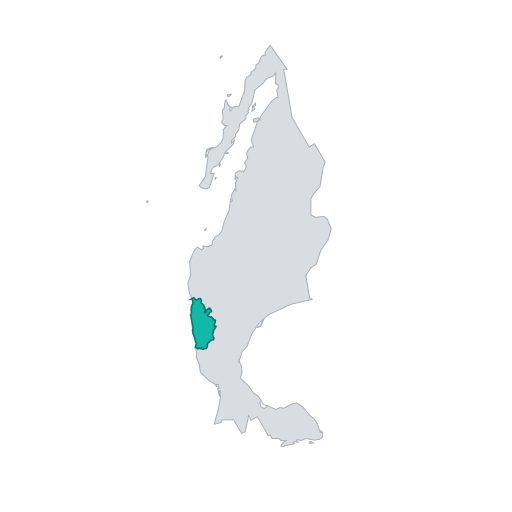 Guerrero on a map of Mexico (Mercator projection), rotated 60°
{"feature_id": "MEX-2729", "entity_name": "Guerrero", "entity_type": "State", "adm_level": 1, "iso_a3": "MEX", "parent_name": "Mexico", "parent_adm1": "", "projection": "mercator", "projection_center": [-99.836, 17.594], "detail": "fine", "context": "in_parent", "style": "filled", "palette": "teal", "viewbox_px": 512, "rotation_deg": 60, "n_neighbors": 0, "source": "natural_earth", "source_scale": "10m", "svg_char_len": 8711}
<svg xmlns="http://www.w3.org/2000/svg" viewBox="0 0 512 512"><g transform="rotate(60 256 256)"><path d="M80.6,138.4L109.6,135.7L108.3,138.7L154.0,155.5L188.1,155.5L188.1,149.1L209.3,149.2L213.0,153.7L227.8,165.9L231.4,176.1L234.1,180.0L247.8,187.9L252.3,185.0L255.6,177.5L259.8,175.9L269.8,177.2L278.0,185.4L283.6,197.2L293.1,207.8L293.7,214.5L297.9,222.7L318.8,230.4L321.5,229.2L315.2,250.2L313.1,274.9L314.1,280.1L319.5,287.2L318.4,291.0L318.7,287.2L314.2,281.2L315.6,286.7L321.0,298.1L329.8,309.0L331.9,315.8L338.0,322.6L336.3,322.4L339.8,324.1L338.7,323.1L345.2,324.0L349.8,326.3L353.9,330.7L364.9,327.4L372.9,326.9L378.3,324.3L383.9,323.8L385.0,324.8L384.6,326.1L389.2,327.1L392.3,324.9L391.5,321.4L390.0,322.3L390.4,321.5L398.8,315.6L399.3,310.8L401.8,308.0L401.8,300.2L403.4,294.4L409.9,290.9L421.2,289.1L426.2,287.1L431.7,286.7L440.8,288.7L441.6,287.4L439.2,287.3L442.3,286.4L446.0,289.0L446.6,292.5L444.7,297.2L438.8,304.4L438.5,309.1L435.6,312.0L436.1,313.1L438.7,312.7L435.9,315.6L435.9,316.9L437.8,316.5L434.2,328.3L433.2,329.4L431.3,326.7L430.9,322.3L428.2,326.9L425.5,327.2L422.1,333.3L418.1,333.2L417.8,335.2L395.8,335.2L395.7,342.3L390.7,342.3L402.7,353.2L402.3,357.2L386.7,357.2L381.1,367.1L382.7,369.7L380.7,376.3L369.5,365.0L360.5,357.4L354.9,354.5L354.3,355.2L359.4,357.8L351.5,355.5L352.0,353.7L349.9,354.5L348.6,352.8L347.2,354.6L349.8,355.4L345.8,355.9L341.8,358.4L329.2,362.4L321.1,359.2L314.2,358.5L309.6,355.5L305.0,354.2L302.0,351.4L290.9,349.0L276.9,343.0L267.8,337.3L264.0,333.4L254.6,332.1L245.6,328.7L240.0,322.3L227.6,316.2L221.0,307.7L218.8,302.4L223.7,299.9L222.9,297.7L220.7,297.0L224.0,292.9L224.3,288.1L221.6,286.5L219.0,281.7L219.1,277.3L217.3,273.3L209.9,265.9L203.5,256.9L193.5,249.1L196.4,250.6L196.6,248.9L191.3,247.2L187.3,241.0L190.1,241.2L182.3,237.0L181.2,234.9L178.3,235.7L177.8,234.7L180.0,232.3L176.3,234.2L174.0,232.4L173.5,228.3L176.2,224.6L177.2,225.3L175.3,221.5L172.8,219.2L169.5,219.3L167.2,214.2L163.2,213.1L160.8,210.9L159.1,206.4L160.2,203.5L153.0,202.1L140.5,187.7L139.8,184.2L137.9,183.1L129.7,165.0L129.0,159.4L129.8,157.6L122.9,155.2L121.2,152.2L119.0,151.2L116.5,152.9L107.1,147.4L108.8,151.0L107.7,157.9L109.9,163.4L111.7,173.8L121.3,182.9L124.4,189.0L125.8,188.7L126.5,190.5L127.9,190.7L129.3,194.7L132.0,195.9L133.6,204.0L138.5,208.2L140.1,212.7L142.4,214.2L144.1,219.6L146.1,220.9L144.9,216.9L147.6,219.2L151.0,231.5L154.1,235.1L158.3,243.8L157.7,247.5L158.6,250.8L162.1,254.0L163.4,250.8L173.5,262.2L172.6,266.4L168.7,269.5L166.5,269.9L162.2,260.5L146.3,248.0L144.8,248.2L141.6,244.2L140.9,241.5L141.8,235.6L140.4,229.9L137.9,225.9L130.1,220.9L128.5,216.0L127.1,218.1L123.2,219.0L120.3,215.7L113.0,212.3L111.8,209.4L106.4,205.3L105.8,203.8L111.5,204.6L114.7,203.4L114.7,204.7L117.5,206.1L116.4,202.8L115.1,202.6L117.8,195.8L107.0,183.1L98.2,177.5L96.5,174.6L96.5,169.9L94.3,168.3L93.5,162.8L90.7,160.5L90.2,157.2L86.2,152.1L85.5,149.7L86.7,148.1L84.0,146.0L80.6,138.4ZM140.0,187.9L139.1,191.1L136.3,190.0L137.3,185.1L139.0,184.6L140.0,187.9ZM128.5,187.2L124.4,183.7L123.3,180.0L125.4,181.2L125.9,183.3L128.0,183.8L128.5,187.2ZM444.6,303.5L443.6,302.4L444.1,301.1L446.7,299.9L444.6,303.5ZM141.8,248.1L138.9,244.9L140.5,238.3L140.1,244.2L141.8,248.1ZM104.2,200.7L102.0,200.2L103.5,196.6L104.5,199.3L104.2,200.7ZM67.2,188.7L65.3,186.4L65.7,185.4L66.4,185.4L67.2,188.7ZM144.2,248.2L145.9,250.8L142.3,248.3L144.2,248.2ZM208.7,286.6L208.4,287.6L207.5,287.2L207.1,285.5L208.7,286.6ZM159.4,241.5L160.1,243.5L158.1,241.0L159.4,241.5ZM152.3,228.2L153.4,229.1L151.8,230.9L152.3,228.2ZM155.5,323.4L154.8,323.7L153.7,322.9L154.6,321.9L155.5,323.4ZM387.7,323.8L385.8,324.3L389.2,323.2L387.7,323.8ZM169.1,252.9L168.0,252.7L167.9,250.8L169.1,252.9Z" fill="#d9dde1" stroke="#a8b0b8" stroke-width="1"/><path d="M304.6,354.1L304.4,354.0L304.4,353.9L304.2,353.5L303.8,353.2L302.8,352.3L302.4,351.6L302.0,351.3L302.0,351.2L301.9,351.1L301.7,351.1L301.4,351.1L301.2,351.2L301.0,351.3L300.9,351.4L300.5,351.3L300.3,351.4L299.8,351.2L297.4,350.4L295.5,349.9L294.7,349.7L293.2,349.5L292.5,349.4L291.9,349.5L291.5,349.4L291.2,349.3L290.9,349.2L290.2,348.9L289.6,348.4L289.3,348.1L289.2,348.2L288.8,348.1L289.1,348.1L289.0,347.9L288.9,347.9L288.7,347.9L288.7,347.7L288.8,347.6L288.8,347.4L288.7,347.3L288.4,347.4L288.2,347.4L288.3,347.5L288.2,347.7L288.0,347.3L287.9,347.3L287.7,347.0L287.6,346.9L287.2,346.6L286.3,346.3L285.7,346.2L284.3,345.6L283.3,345.2L280.3,344.2L279.3,343.8L278.5,343.6L277.7,343.2L277.1,343.0L276.3,342.8L275.6,342.5L275.0,342.3L274.6,342.1L274.4,342.2L274.4,341.9L274.4,341.7L273.8,341.1L273.0,340.6L272.9,340.3L271.9,339.7L270.9,339.4L270.3,339.1L269.6,338.9L269.6,338.7L269.8,338.5L269.7,338.3L269.5,338.1L269.1,337.7L268.7,337.7L268.4,337.8L268.3,337.6L268.2,337.6L267.9,337.5L267.8,337.2L267.7,337.2L267.3,337.1L267.3,336.6L267.0,336.1L266.7,335.9L266.1,335.5L266.0,335.2L265.8,335.0L265.7,334.8L265.3,334.2L264.6,333.9L263.8,333.5L263.1,333.2L262.6,333.0L261.8,333.1L261.7,333.3L261.4,333.5L261.0,333.9L261.1,333.5L261.2,333.4L261.2,333.2L260.9,332.8L260.9,332.6L260.9,331.9L260.9,331.5L261.0,331.1L261.0,330.9L261.2,330.7L261.3,330.6L261.5,330.5L262.0,330.5L262.3,330.4L262.6,330.3L262.9,330.4L263.1,330.3L263.3,330.2L263.6,330.3L263.8,330.2L264.0,329.9L264.4,329.4L264.5,329.1L264.5,328.8L264.4,327.9L264.3,327.0L264.5,326.2L265.0,325.5L265.4,325.4L265.9,325.4L267.1,325.5L267.3,325.5L267.5,325.6L267.7,325.9L267.8,326.1L267.9,326.3L268.1,326.4L268.3,326.6L268.6,326.7L268.9,326.8L269.1,326.8L269.8,326.7L271.0,326.3L271.7,326.2L272.0,326.0L273.9,326.1L274.5,326.0L274.8,326.0L275.1,326.1L275.1,326.4L275.1,326.5L275.3,326.4L275.5,326.5L275.6,326.9L276.0,326.8L276.1,326.7L277.3,326.5L277.8,327.1L278.0,327.2L278.2,327.3L278.4,327.4L278.4,327.2L278.5,327.1L278.7,327.3L278.8,327.6L278.6,327.8L278.4,328.1L278.5,328.3L278.8,328.7L279.2,328.3L279.3,328.3L279.5,328.6L279.8,328.0L279.9,327.8L279.8,327.6L279.2,327.1L278.5,326.6L278.3,326.4L278.2,326.2L278.1,325.9L278.1,325.6L278.1,325.3L278.1,325.0L278.0,324.8L277.9,324.5L277.8,324.2L278.1,323.8L278.1,323.5L278.0,323.3L277.8,323.1L277.6,322.9L277.6,322.7L277.8,322.5L277.9,322.3L278.1,322.1L278.3,322.0L278.5,322.0L278.8,322.5L278.9,322.8L279.1,322.5L279.2,322.4L279.3,322.1L279.6,321.8L280.1,321.9L280.5,322.1L281.0,322.1L281.6,322.1L281.8,322.3L281.8,322.5L282.0,322.9L282.0,323.0L281.7,323.5L281.9,324.2L281.9,324.3L281.9,324.6L281.9,324.8L282.0,324.9L282.1,325.0L282.7,325.6L282.8,325.8L282.9,326.1L282.9,326.4L282.8,326.8L282.7,327.1L282.8,327.3L283.0,327.5L283.3,327.9L283.5,327.9L283.8,327.9L284.0,327.7L284.3,327.5L285.1,326.8L285.3,326.6L285.6,326.3L285.8,326.0L286.0,325.7L286.2,325.3L286.3,325.1L286.8,325.0L287.0,325.0L287.2,324.9L287.5,324.8L288.2,324.6L288.3,324.5L288.7,324.5L288.9,324.4L289.1,324.5L289.3,324.6L289.6,324.9L289.7,325.0L290.0,324.6L290.1,324.4L290.1,324.2L290.9,323.4L291.2,323.2L291.5,323.3L291.7,323.5L291.9,323.7L292.1,323.8L292.3,324.1L292.4,324.3L292.7,324.3L293.0,324.4L293.1,324.5L293.0,324.8L293.3,325.0L293.5,325.1L293.7,325.5L293.9,325.6L294.2,326.2L294.3,326.3L294.5,326.4L294.6,326.5L295.0,326.5L295.1,327.0L295.7,327.1L296.0,327.1L296.3,327.0L296.3,326.8L296.4,326.5L296.4,326.2L296.6,325.9L296.8,325.8L297.1,325.8L297.3,325.9L297.4,326.0L297.4,326.4L297.5,326.6L297.7,326.8L297.8,326.9L297.8,327.1L297.9,327.4L298.2,327.7L298.5,328.0L298.6,328.4L298.6,328.6L298.6,329.0L298.7,329.4L298.8,329.5L298.8,329.8L299.2,329.8L299.2,330.1L299.2,330.3L299.3,330.4L299.6,330.5L299.7,330.4L299.9,330.3L300.0,330.4L300.1,330.9L300.1,331.1L300.3,331.2L300.8,331.3L301.1,331.3L301.4,332.0L301.7,332.4L302.2,332.7L302.7,333.0L303.0,333.0L303.7,333.2L304.0,333.3L304.5,333.5L304.9,333.5L305.3,333.5L305.9,333.3L306.1,333.3L306.4,333.5L307.0,334.2L307.2,334.5L307.3,334.7L307.2,334.9L307.1,335.2L307.0,335.4L306.9,335.6L306.8,336.1L306.7,336.6L306.6,337.1L306.6,337.4L306.6,337.7L306.7,337.9L306.8,338.0L306.7,338.3L306.7,338.5L306.7,338.8L307.0,339.1L307.2,339.4L307.3,339.5L307.3,339.8L307.2,340.1L307.3,340.2L307.4,340.5L307.3,341.0L307.2,341.2L307.3,341.5L307.5,341.6L308.0,341.8L308.1,342.1L308.3,342.4L308.5,342.7L308.8,342.7L309.1,342.7L309.3,342.7L309.4,342.8L310.0,343.4L310.4,343.9L311.1,344.9L311.2,345.0L311.2,345.3L311.2,345.6L311.1,345.8L310.9,346.2L310.8,346.3L310.6,346.6L310.5,346.8L310.5,347.0L310.4,348.3L310.2,348.6L309.9,348.9L309.7,349.0L309.3,349.2L309.1,349.2L308.8,349.2L308.6,349.2L308.3,349.2L308.4,349.6L308.5,350.0L308.6,350.3L308.5,350.7L308.4,350.8L308.1,350.9L307.8,350.8L307.5,350.8L307.2,351.0L307.1,351.5L307.2,351.8L307.4,352.2L307.4,352.6L307.1,352.9L306.8,353.2L306.5,353.4L306.2,353.4L305.9,353.4L305.5,353.5L305.2,353.6L304.8,353.8L304.6,354.0L304.6,354.1Z" fill="#14b8a6" stroke="#0f766e" stroke-width="1.5"/></g></svg>